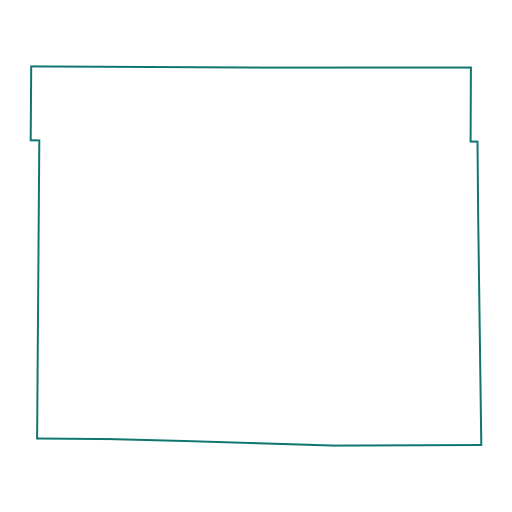 Ford, Kansas, United States of America
{"feature_id": "52423323B50939961364147", "entity_name": "Ford", "entity_type": "district", "adm_level": 2, "iso_a3": "USA", "parent_name": "United States of America", "parent_adm1": "Kansas", "projection": "albers", "projection_center": [-99.859, 37.691], "detail": "fine", "context": "isolated", "style": "outline", "palette": "teal", "viewbox_px": 512, "rotation_deg": 0, "n_neighbors": 0, "source": "geoboundaries", "source_scale": "gbopen_adm2", "svg_char_len": 287}
<svg xmlns="http://www.w3.org/2000/svg" viewBox="0 0 512 512"><path d="M470.9,67.5L267.6,67.6L31.2,66.4L30.7,140.3L39.3,140.4L37.1,438.5L110.4,439.1L184.1,441.0L334.3,445.6L481.3,445.0L478.2,218.5L477.5,141.6L470.6,141.6L470.9,67.5Z" fill="none" stroke="#0f766e" stroke-width="2"/></svg>